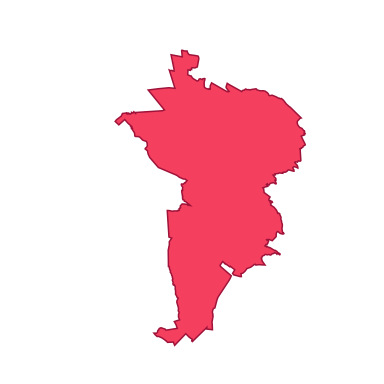 Tulancingo de Bravo, Hidalgo, Mexico, rotated 313°
{"feature_id": "50627088B20237982609440", "entity_name": "Tulancingo de Bravo", "entity_type": "district", "adm_level": 2, "iso_a3": "MEX", "parent_name": "Mexico", "parent_adm1": "Hidalgo", "projection": "equal_earth", "projection_center": [-98.365, 20.132], "detail": "fine", "context": "isolated", "style": "filled", "palette": "rose", "viewbox_px": 384, "rotation_deg": 313, "n_neighbors": 0, "source": "geoboundaries", "source_scale": "gbopen_adm2", "svg_char_len": 6082}
<svg xmlns="http://www.w3.org/2000/svg" viewBox="0 0 384 384"><g transform="rotate(313 192 192)"><path d="M202.0,87.6L199.3,88.5L193.3,87.5L191.2,87.7L191.2,92.7L199.1,93.4L198.6,98.5L198.8,103.3L198.4,103.6L198.1,103.3L198.1,103.9L197.6,103.9L197.1,104.4L197.3,104.7L197.8,104.3L198.0,104.8L197.9,105.2L197.5,105.4L197.1,105.3L196.1,109.3L195.8,109.9L194.3,111.6L193.9,112.3L194.1,112.9L195.9,114.9L196.5,116.5L196.3,120.4L197.0,122.3L197.8,123.8L197.8,124.1L197.5,125.3L195.5,127.7L194.3,128.2L191.9,128.1L191.5,128.5L191.8,131.2L189.8,134.1L188.4,137.6L187.0,150.7L193.8,169.4L194.2,172.9L195.6,176.8L196.7,178.1L197.0,180.6L195.9,180.5L194.2,180.9L193.9,180.3L191.9,180.3L190.8,178.9L190.4,178.9L189.6,179.9L189.4,180.5L189.4,181.6L188.9,182.1L188.2,182.6L187.6,183.3L187.1,183.5L186.7,184.1L186.4,184.0L186.2,183.5L185.9,183.6L184.3,185.4L184.0,186.2L183.8,186.2L182.9,187.2L182.6,188.2L182.0,188.3L180.6,189.8L180.6,190.4L180.2,190.6L180.7,191.6L180.0,192.8L180.4,193.3L180.7,194.3L181.0,200.1L179.5,198.1L179.8,197.6L179.5,196.8L178.1,194.7L176.5,192.9L173.9,192.9L173.1,193.7L172.9,194.1L172.5,193.9L171.9,194.4L171.2,194.0L170.8,194.0L170.1,195.1L169.0,194.3L168.6,194.6L165.8,191.7L165.2,191.2L164.8,191.2L162.9,188.0L161.6,186.5L143.3,205.9L144.4,208.6L140.1,209.3L138.1,211.3L133.2,214.3L121.4,225.6L121.6,226.0L121.8,225.9L121.8,226.4L120.4,228.0L119.8,229.3L119.8,229.8L118.5,230.9L118.1,232.6L117.0,234.4L116.8,235.3L116.1,235.9L115.3,237.4L114.4,237.5L113.9,238.0L113.0,239.9L111.7,240.7L111.6,241.3L111.3,241.8L111.4,242.1L112.0,242.3L111.3,244.4L109.5,245.9L109.0,246.8L106.9,249.0L106.1,249.5L105.5,251.5L104.7,253.1L105.1,254.0L104.9,254.3L102.1,255.2L101.0,256.1L97.9,261.3L95.7,263.0L95.4,264.2L94.7,265.0L93.3,265.6L91.4,267.3L90.0,270.1L85.2,267.4L84.0,271.0L82.2,274.2L73.2,267.2L73.4,265.9L71.6,261.9L69.8,261.1L68.3,261.7L67.6,261.4L65.6,262.5L64.5,262.3L62.8,260.4L62.5,262.2L62.5,265.0L63.6,266.1L64.8,269.5L65.2,272.2L65.4,274.5L65.4,276.7L69.5,280.7L68.0,283.9L84.1,284.1L83.9,289.1L84.4,292.6L82.9,293.3L82.9,294.3L103.0,295.2L101.7,296.1L105.2,300.9L109.0,297.1L110.3,295.5L115.7,292.0L116.0,291.2L116.4,291.1L117.2,290.2L117.5,289.5L118.2,288.7L120.2,287.5L121.7,287.2L122.8,287.8L130.4,283.7L133.0,282.7L152.6,279.4L155.0,278.8L157.5,277.9L157.0,263.8L157.5,262.5L162.1,261.9L162.0,264.6L162.2,264.4L163.1,270.8L163.8,270.8L164.3,276.3L160.1,277.2L159.8,278.9L163.0,285.0L163.8,285.8L165.7,283.5L167.3,284.5L167.8,284.6L170.4,284.8L173.5,284.4L177.0,286.2L181.9,287.1L182.2,287.6L182.0,288.2L182.5,288.5L182.7,289.1L184.2,290.2L188.4,295.2L189.4,290.2L189.7,290.1L190.8,287.8L191.5,288.0L192.1,287.5L193.1,287.3L194.0,287.5L194.9,288.0L196.1,288.0L196.6,288.5L197.4,290.0L197.9,290.2L198.9,291.0L199.1,292.1L199.4,292.4L200.4,292.8L201.5,292.7L202.7,293.7L203.7,293.7L204.3,294.8L204.5,295.6L204.4,296.5L205.3,296.3L205.9,299.0L206.7,298.8L206.7,297.6L206.3,296.6L206.4,294.3L206.1,292.8L206.0,292.5L205.6,292.5L204.5,287.0L203.8,285.6L203.7,285.7L203.4,284.2L202.7,284.0L202.3,282.1L204.2,282.0L204.3,282.7L206.7,282.3L207.3,281.7L208.4,281.5L208.6,280.2L207.8,279.7L208.1,279.1L209.8,280.6L211.1,283.9L216.7,284.0L219.2,281.9L220.1,281.5L221.4,281.5L221.7,281.9L221.8,284.7L223.1,287.0L223.7,287.5L224.2,287.6L224.6,286.6L224.2,285.9L225.9,283.6L227.3,282.1L228.0,281.9L230.0,280.1L230.8,278.5L232.1,276.9L232.6,275.5L233.9,274.7L234.4,274.0L235.4,271.6L235.9,271.1L235.7,269.7L234.9,269.4L236.0,267.0L236.4,265.7L236.8,262.4L236.1,258.3L237.1,258.0L237.5,256.7L239.1,258.0L239.1,258.4L239.5,257.5L239.7,256.8L238.5,255.3L239.1,255.1L238.4,254.0L238.9,253.2L241.6,252.5L240.8,245.1L243.4,242.0L243.4,241.0L245.8,242.2L247.7,243.5L248.2,241.3L249.4,241.5L249.2,242.2L249.4,243.6L251.4,243.4L252.4,243.7L253.4,244.6L254.1,244.8L254.6,245.9L254.8,247.4L255.2,247.9L255.5,247.9L256.1,247.0L257.0,244.8L257.5,244.6L257.9,245.3L259.0,244.2L259.2,243.5L259.2,241.9L259.6,240.9L259.7,239.8L261.3,241.2L261.9,240.3L263.9,242.1L265.7,243.1L267.4,245.4L267.6,245.1L267.9,245.4L268.1,245.1L268.6,245.2L270.5,247.0L272.5,247.4L273.7,247.3L274.4,248.1L276.4,252.0L276.8,252.4L277.7,251.5L277.9,250.3L278.6,249.1L279.4,249.1L280.2,249.5L281.1,251.1L281.7,253.1L282.4,252.4L283.3,250.7L283.6,247.3L283.7,247.0L284.1,246.9L284.9,247.3L285.8,248.8L287.1,248.5L287.5,248.7L288.3,250.1L289.2,250.2L296.9,242.1L297.1,241.4L297.9,241.7L298.5,242.3L298.9,241.9L300.4,242.5L301.2,242.1L303.7,242.7L304.2,241.9L307.3,233.8L310.4,235.3L310.8,234.6L311.8,235.1L311.9,234.9L311.8,234.3L312.2,233.9L311.8,233.8L312.6,233.3L313.4,232.5L313.1,231.7L313.5,229.1L312.8,226.9L312.8,225.5L313.4,223.1L314.8,221.3L315.7,220.8L319.6,220.8L320.6,221.4L321.0,205.7L320.8,205.0L320.7,201.0L321.5,196.2L321.4,193.7L320.5,193.1L320.2,191.9L319.6,191.6L319.5,190.3L319.2,189.7L319.0,188.6L317.4,184.5L315.5,183.2L315.2,182.3L315.8,181.1L316.0,179.6L315.7,176.8L314.6,175.0L312.8,173.2L311.9,171.7L311.0,169.7L311.3,169.0L311.1,168.4L307.2,165.3L306.1,164.8L305.9,164.0L304.3,162.4L304.3,161.8L303.8,160.9L301.8,160.7L301.5,160.1L300.5,159.7L299.4,159.9L295.9,145.9L295.5,143.6L292.0,145.3L291.5,146.1L290.8,150.5L289.9,150.1L288.9,147.7L285.2,131.9L282.1,132.9L279.7,135.1L279.2,134.0L278.6,134.3L277.2,131.3L277.1,129.6L279.6,126.9L282.6,124.7L282.7,124.9L283.7,124.2L283.4,123.6L282.2,122.7L281.2,122.8L280.4,120.7L279.3,120.2L278.0,120.7L276.7,120.2L275.8,115.9L275.7,114.5L276.3,112.2L276.0,112.0L274.8,108.9L278.6,105.8L279.8,107.8L280.7,107.2L281.3,108.2L282.6,107.2L283.4,107.8L284.7,109.5L287.1,110.6L293.7,106.4L294.7,105.5L295.5,104.1L295.5,103.6L294.1,101.4L290.6,96.4L290.5,95.5L291.1,93.2L291.8,92.4L289.6,89.7L289.5,89.1L288.8,87.9L288.4,87.9L284.2,92.7L278.1,83.1L269.7,94.9L268.3,96.4L268.0,95.9L267.5,95.6L267.3,94.4L266.1,93.5L265.7,92.2L256.2,108.8L252.5,104.0L244.4,96.8L236.7,90.4L233.2,115.9L231.1,114.8L212.0,96.8L211.9,97.0L211.0,97.3L211.0,94.7L209.5,95.0L209.0,93.5L208.4,94.1L207.2,94.0L207.1,93.2L206.6,93.2L206.4,91.8L205.3,92.0L205.3,91.4L205.9,91.4L205.4,90.2L204.8,90.4L204.9,90.0L202.0,87.6Z" fill="#f43f5e" stroke="#9f1239" stroke-width="1.5"/></g></svg>